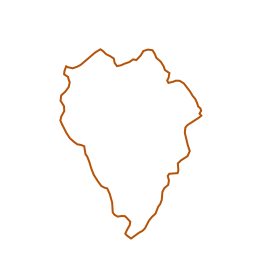 SVG path tracing the border of Nantou, rotated 139°
{"feature_id": "TWN-1173", "entity_name": "Nantou", "entity_type": "County", "adm_level": 1, "iso_a3": "TWN", "parent_name": "Taiwan", "parent_adm1": "", "projection": "mercator", "projection_center": [120.982, 23.84], "detail": "fine", "context": "isolated", "style": "outline", "palette": "amber", "viewbox_px": 256, "rotation_deg": 139, "n_neighbors": 0, "source": "natural_earth", "source_scale": "10m", "svg_char_len": 1454}
<svg xmlns="http://www.w3.org/2000/svg" viewBox="0 0 256 256"><g transform="rotate(139 128 128)"><path d="M184.7,40.9L188.2,41.7L198.2,42.6L199.3,47.3L199.4,50.0L195.5,51.8L190.5,53.5L187.8,55.7L188.0,63.2L190.1,65.4L194.0,68.0L195.1,71.4L194.9,74.3L188.9,82.1L185.1,90.1L183.3,95.9L184.9,98.4L186.2,101.7L185.7,107.4L184.6,114.9L182.3,121.5L179.4,127.9L177.5,133.2L177.3,136.0L173.0,143.0L174.6,146.0L177.0,149.0L177.9,153.1L178.6,158.5L177.7,164.8L175.3,174.3L174.1,178.1L170.7,180.5L165.0,182.6L162.0,186.4L161.0,192.9L157.0,196.4L151.4,196.6L145.9,197.8L142.0,200.7L140.9,203.8L139.7,205.8L141.0,210.4L138.7,212.6L134.2,215.1L133.7,213.6L130.5,209.3L126.2,207.6L122.9,206.8L122.2,206.7L103.0,206.5L97.2,205.5L96.4,202.6L96.1,198.2L94.1,193.3L93.2,189.7L95.4,185.8L95.7,181.9L91.9,179.8L88.7,178.9L83.7,176.9L79.1,176.4L77.1,173.8L70.9,174.4L65.8,176.0L61.5,174.1L58.5,170.6L59.2,166.2L60.6,162.4L59.8,156.6L60.6,151.2L62.1,147.7L60.7,142.2L62.4,141.0L64.3,139.3L67.2,138.2L67.9,135.5L63.8,133.4L60.8,132.3L58.1,129.8L56.6,125.1L57.2,115.0L58.1,110.0L58.2,105.8L59.4,101.7L60.9,98.3L60.5,95.3L61.4,93.1L64.6,91.9L64.6,89.2L67.8,89.3L81.3,91.2L84.4,90.7L88.2,87.2L93.9,76.3L96.6,70.0L101.5,67.7L109.1,68.8L113.6,68.6L117.9,62.8L120.2,61.4L126.9,66.4L129.5,65.7L131.5,61.6L135.0,58.7L140.0,58.8L143.8,57.3L149.7,51.6L153.5,49.5L156.8,48.8L163.5,45.3L168.1,45.2L172.8,44.4L181.1,41.1L184.7,40.9Z" fill="none" stroke="#b45309" stroke-width="2"/></g></svg>